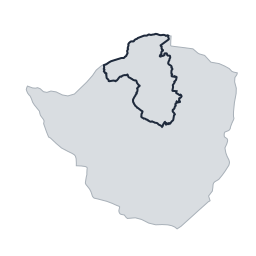 Zimbabwe, with Mashonaland West highlighted, rotated 5°
{"feature_id": "ZWE-533", "entity_name": "Mashonaland West", "entity_type": "Province", "adm_level": 1, "iso_a3": "ZWE", "parent_name": "Zimbabwe", "parent_adm1": "", "projection": "orthographic", "projection_center": [29.817, -17.238], "detail": "fine", "context": "in_parent", "style": "outline", "palette": "slate", "viewbox_px": 256, "rotation_deg": 5, "n_neighbors": 0, "source": "natural_earth", "source_scale": "10m", "svg_char_len": 7472}
<svg xmlns="http://www.w3.org/2000/svg" viewBox="0 0 256 256"><g transform="rotate(5 128 128)"><path d="M185.7,224.2L183.3,222.6L180.1,221.5L176.0,221.0L170.6,221.2L164.0,222.0L156.9,220.9L149.4,217.9L143.1,216.8L135.6,218.1L135.3,218.2L133.9,217.2L131.9,215.0L128.5,214.6L127.5,214.1L126.8,213.2L126.3,212.2L126.1,211.0L126.6,207.4L126.3,207.0L125.4,206.6L123.5,206.1L119.0,204.5L113.3,202.9L104.0,201.3L100.4,200.8L99.6,200.3L98.5,199.0L96.7,194.8L95.0,192.1L91.0,187.9L90.3,186.5L90.5,183.2L90.7,180.4L91.1,178.1L90.9,175.9L90.8,173.2L90.9,171.4L90.4,170.7L88.9,170.1L84.8,169.9L79.8,170.1L79.6,167.4L79.0,163.1L78.1,160.7L76.9,159.4L74.6,158.2L69.9,156.4L63.5,153.7L58.0,149.8L51.7,144.8L49.7,143.9L47.3,139.2L43.6,131.1L43.8,128.4L43.2,127.1L39.7,123.1L38.9,121.1L38.3,119.0L32.7,113.2L30.8,110.7L29.3,107.4L27.8,104.8L26.6,103.8L25.0,102.0L23.9,100.0L23.3,98.5L23.7,96.4L24.2,95.0L29.4,96.4L32.3,96.4L34.5,95.7L37.2,96.6L40.6,99.2L44.1,99.6L48.0,97.9L53.2,98.3L59.8,100.8L65.3,101.3L71.7,98.8L77.4,92.2L82.8,86.0L88.1,78.8L91.3,73.1L96.0,68.4L102.2,64.7L108.6,61.7L118.4,57.9L120.4,54.8L121.0,51.5L121.0,46.8L121.5,43.8L122.5,42.4L124.1,41.4L126.2,40.0L132.7,36.4L138.1,34.1L144.7,32.7L152.0,32.6L159.0,32.6L162.9,32.6L163.0,37.1L163.3,42.1L164.0,42.6L169.3,42.8L177.7,43.1L185.8,43.5L190.9,47.2L192.7,48.0L198.0,49.0L204.8,55.2L213.1,55.9L218.7,57.8L223.7,60.0L226.5,62.5L228.4,63.1L230.9,63.4L232.1,63.6L231.8,65.4L230.1,68.4L230.2,72.8L232.4,78.9L232.7,84.2L231.8,93.5L231.7,102.5L231.9,105.7L232.2,107.8L232.7,109.0L232.5,110.3L231.1,114.1L230.0,118.0L229.9,119.6L229.4,120.7L228.6,121.7L225.0,123.5L224.4,124.6L224.4,126.7L224.8,128.4L226.1,129.1L227.7,130.1L228.3,131.4L228.3,132.7L227.8,135.2L226.3,139.4L227.6,144.2L229.1,147.4L231.3,151.0L232.1,153.2L232.0,154.8L231.7,156.4L228.3,162.9L225.9,166.9L222.9,171.3L219.1,174.0L218.1,175.3L217.7,176.8L217.7,180.1L217.5,183.5L214.2,188.7L216.1,193.3L215.7,193.7L214.6,194.3L209.8,199.4L205.0,204.5L201.6,208.2L197.6,212.5L193.2,217.2L189.4,221.3L185.7,224.2Z" fill="#d9dde1" stroke="#a8b0b8" stroke-width="1"/><path d="M147.7,31.8L148.9,31.9L151.2,32.6L152.4,32.7L153.5,32.5L154.6,32.2L155.7,32.1L156.8,32.3L157.5,32.8L157.8,32.9L158.2,32.8L158.8,32.3L159.1,32.2L159.8,32.3L160.2,32.5L160.1,32.8L160.1,34.0L160.3,34.4L160.6,34.8L160.9,35.7L160.8,36.1L160.6,36.4L153.5,42.6L153.3,42.8L153.4,43.2L153.5,43.4L153.9,43.7L154.4,43.9L154.5,44.1L154.5,44.3L154.4,45.3L154.5,45.7L154.9,46.2L154.9,46.8L155.1,47.0L155.3,47.2L155.9,47.2L156.0,47.3L156.1,47.7L156.0,48.0L155.3,48.5L155.1,48.6L154.8,49.2L154.6,49.6L154.8,50.7L154.7,51.3L154.6,51.6L154.2,51.8L153.9,52.2L153.5,53.3L153.4,53.6L153.5,53.8L154.0,54.0L154.4,54.0L154.5,53.8L154.7,53.4L154.9,53.2L155.2,53.1L155.5,53.1L156.2,53.2L156.4,53.2L156.6,52.8L156.9,52.7L157.6,52.5L157.9,52.2L158.0,51.9L157.8,51.0L157.9,50.7L158.1,50.5L158.4,50.4L159.4,50.3L159.9,50.3L160.1,50.4L160.2,50.5L160.6,51.7L161.2,52.3L161.4,52.4L163.0,52.3L163.4,52.4L163.6,52.8L163.9,53.8L163.9,54.4L163.4,55.4L163.3,56.2L163.2,57.1L162.8,57.8L162.6,58.4L162.4,59.6L162.4,59.9L162.4,60.1L163.0,61.0L163.6,61.3L163.9,61.5L164.5,61.7L165.7,62.4L166.2,63.4L166.2,63.6L166.0,64.1L166.6,64.5L167.0,65.1L167.1,65.5L166.9,65.9L166.4,66.6L166.3,67.1L166.4,69.6L166.5,69.8L166.6,70.1L167.1,70.4L167.3,70.7L167.3,70.8L167.2,70.9L166.9,71.1L166.9,71.9L167.0,72.5L167.5,72.8L168.3,72.7L168.7,72.9L168.8,72.9L169.6,72.4L169.9,72.3L170.1,72.5L170.2,72.9L170.3,73.0L170.9,72.7L171.2,72.7L171.8,72.9L172.0,73.1L171.7,75.7L171.6,76.0L171.2,76.6L170.8,77.0L170.2,77.6L170.1,77.8L170.5,78.2L170.5,78.5L169.4,80.5L169.0,81.1L168.9,81.4L169.3,83.0L169.3,83.5L169.3,83.9L169.0,86.2L169.0,86.9L169.2,87.1L173.2,87.1L173.1,87.7L172.9,88.5L173.0,88.9L173.2,89.1L174.7,89.7L176.5,90.8L177.2,90.3L177.3,90.2L177.8,90.4L178.6,91.6L178.3,92.5L177.5,93.4L177.2,93.6L176.6,93.8L176.4,94.1L176.4,94.7L176.6,95.1L176.6,95.5L176.5,95.8L176.4,96.1L176.5,96.3L177.2,96.7L177.3,96.9L177.4,97.1L177.5,97.3L177.5,97.5L177.4,97.6L176.5,97.9L175.8,98.1L175.3,97.8L174.3,97.4L174.2,97.3L174.0,97.6L174.0,98.0L174.2,98.8L174.2,99.0L173.9,99.2L173.3,99.5L173.2,99.8L173.1,100.2L173.2,100.6L173.6,101.5L173.5,101.8L173.0,102.2L172.9,102.5L172.6,103.4L172.6,103.5L172.7,103.8L172.6,104.1L172.5,104.4L172.0,105.2L171.8,105.5L171.6,105.7L171.2,105.8L171.0,106.1L171.0,107.3L171.1,107.6L171.3,107.9L172.4,108.9L173.2,109.8L173.3,110.0L173.5,110.4L173.3,110.7L172.9,111.1L172.7,111.3L172.7,111.6L172.4,115.7L172.3,116.1L172.2,116.3L172.1,116.5L170.9,117.7L169.7,119.8L169.4,119.7L168.7,119.5L168.4,119.5L168.3,119.8L168.5,120.4L168.3,120.6L167.9,120.6L167.4,120.3L166.6,120.0L166.6,120.8L166.3,121.0L165.8,121.2L165.4,121.2L165.0,120.2L164.8,119.9L164.5,118.9L164.3,118.7L164.1,118.8L163.9,119.1L162.7,121.4L162.4,123.0L162.2,123.4L161.8,123.9L160.6,122.8L160.1,122.5L159.4,122.4L158.8,122.1L158.2,121.9L157.2,121.0L156.9,120.7L156.5,120.6L155.6,120.4L154.7,120.4L154.0,120.3L153.3,119.9L152.6,119.8L151.7,119.4L151.4,119.3L150.8,119.5L150.4,119.8L150.2,119.8L149.2,119.6L148.2,119.1L147.6,119.0L147.5,118.9L147.3,118.5L147.1,118.4L146.8,118.3L146.2,118.0L145.6,118.1L145.4,118.0L145.0,117.6L144.7,117.4L144.3,117.3L143.4,117.1L142.9,117.3L142.6,117.1L141.6,116.5L140.8,116.2L140.6,116.1L140.4,115.7L140.2,115.3L140.2,115.0L140.3,114.4L140.2,112.9L140.3,112.7L140.6,112.3L140.7,111.7L141.0,110.7L141.0,110.3L141.0,110.2L140.8,110.0L139.8,109.6L136.1,107.2L135.4,107.0L135.2,106.9L134.6,106.0L133.6,105.5L132.9,104.7L132.5,104.0L131.8,103.3L131.7,103.1L131.6,102.6L131.1,102.1L130.9,101.7L130.9,101.4L130.7,101.0L130.7,100.4L130.5,99.7L130.6,99.2L130.7,98.8L130.9,98.4L131.6,96.7L131.9,96.1L132.1,95.7L132.6,95.0L132.8,93.9L133.5,93.2L133.7,92.8L133.7,92.7L133.3,92.2L133.3,91.9L133.8,91.4L134.0,91.1L134.1,90.7L134.1,90.0L134.2,89.3L134.1,88.5L133.7,88.1L133.6,87.7L133.8,87.4L134.3,87.0L134.6,86.3L134.8,86.1L135.5,85.6L135.7,85.4L135.9,84.9L135.8,84.7L135.6,84.6L135.2,84.4L134.7,84.2L132.9,82.1L132.8,81.7L132.5,80.8L132.3,80.5L132.2,80.3L131.6,79.9L131.2,79.9L130.6,80.0L130.3,80.0L128.5,79.4L127.9,78.9L127.1,78.7L126.3,78.1L124.5,77.5L124.2,77.3L123.9,76.9L123.7,76.5L123.4,75.9L123.1,75.2L122.9,74.9L122.7,74.8L121.6,75.6L121.2,75.6L120.5,75.5L120.0,75.6L118.5,76.1L117.5,76.7L117.4,76.9L117.1,77.3L116.9,77.5L116.6,77.5L116.1,77.4L115.9,77.4L115.7,77.5L115.4,77.7L114.4,79.0L113.8,80.1L112.8,81.5L112.1,81.9L111.8,82.3L111.7,82.4L111.0,82.0L110.9,82.0L110.6,82.2L110.4,82.2L109.4,82.0L109.0,82.1L106.2,82.8L105.9,82.9L105.5,83.0L104.7,82.9L104.3,81.6L104.2,81.5L104.0,81.3L103.6,81.1L103.3,80.9L103.0,80.6L102.5,80.2L102.4,80.0L102.1,79.0L102.1,78.3L101.8,77.8L101.8,77.6L101.9,77.3L101.9,77.0L101.6,76.6L101.5,76.2L101.7,75.5L101.5,75.3L101.2,75.2L100.6,75.2L100.4,75.2L99.9,74.3L99.8,74.2L99.4,74.1L99.2,73.9L99.0,73.7L99.1,73.1L99.5,72.1L99.4,71.8L99.3,71.6L98.8,71.4L98.7,71.3L99.0,69.8L98.5,67.5L100.9,66.4L103.6,64.1L105.4,62.9L115.2,58.9L116.5,58.7L117.3,58.7L117.7,58.6L118.4,57.9L118.6,57.4L119.7,56.6L120.1,56.1L120.3,55.1L121.0,53.8L121.0,53.2L120.6,52.0L120.4,51.5L120.5,50.9L121.2,49.3L120.7,48.5L120.9,47.4L121.2,46.2L121.3,45.3L121.0,44.8L121.0,44.5L121.1,44.2L121.5,43.4L122.1,42.7L123.0,41.8L123.5,41.5L124.1,41.4L125.3,41.4L126.0,41.2L126.3,40.9L126.9,39.8L127.2,39.5L127.6,39.1L128.2,38.8L128.7,38.6L129.0,38.5L129.9,37.5L135.9,34.6L136.3,34.5L138.7,34.3L139.2,34.0L140.2,33.2L140.8,33.0L142.5,33.3L143.2,33.2L144.7,32.7L145.9,32.5L147.0,31.9L147.7,31.8Z" fill="none" stroke="#1e293b" stroke-width="2"/></g></svg>